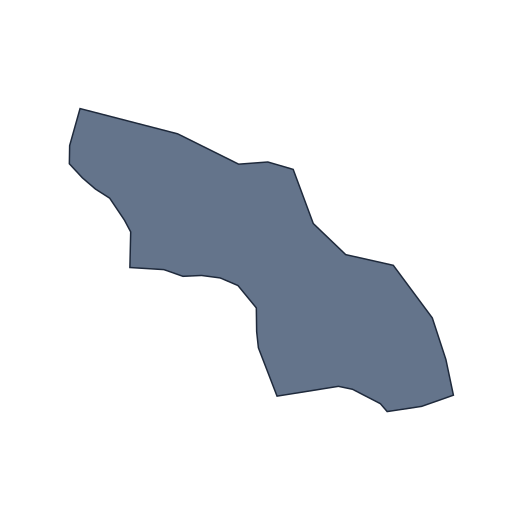 the Municipality of Cankova, rotated 164°
{"feature_id": "SVN-926", "entity_name": "Cankova", "entity_type": "Municipality", "adm_level": 1, "iso_a3": "SVN", "parent_name": "Slovenia", "parent_adm1": "", "projection": "robinson", "projection_center": [16.051, 46.7], "detail": "fine", "context": "isolated", "style": "filled", "palette": "slate", "viewbox_px": 512, "rotation_deg": 164, "n_neighbors": 0, "source": "natural_earth", "source_scale": "10m", "svg_char_len": 587}
<svg xmlns="http://www.w3.org/2000/svg" viewBox="0 0 512 512"><g transform="rotate(164 256 256)"><path d="M196.4,329.0L192.0,271.4L169.4,232.6L126.6,209.2L103.6,147.9L102.0,104.1L104.6,67.8L138.2,65.8L172.8,70.3L177.1,79.7L200.0,101.3L212.7,108.0L274.4,115.5L279.0,167.1L276.2,183.2L270.0,206.0L281.5,232.6L296.5,244.8L313.7,252.3L331.8,256.6L348.3,268.3L380.4,279.7L369.8,313.7L372.6,326.8L380.7,351.9L391.9,364.6L401.3,378.9L410.0,396.1L404.7,413.5L384.5,446.2L297.6,395.0L247.3,349.0L246.6,348.9L218.7,343.1L196.4,329.0Z" fill="#64748b" stroke="#1e293b" stroke-width="1.5"/></g></svg>